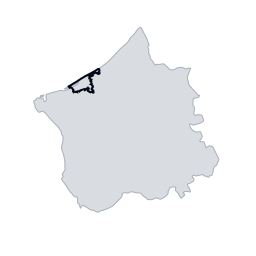 location of Grands Ponts, Lagunes, Ivory Coast, rotated 155°
{"feature_id": "98640826B83353125268201", "entity_name": "Grands Ponts", "entity_type": "district", "adm_level": 2, "iso_a3": "CIV", "parent_name": "Ivory Coast", "parent_adm1": "Lagunes", "projection": "albers", "projection_center": [-4.906, 5.455], "detail": "fine", "context": "in_parent", "style": "outline", "palette": "ink", "viewbox_px": 256, "rotation_deg": 155, "n_neighbors": 0, "source": "geoboundaries", "source_scale": "gbopen_adm2", "svg_char_len": 7124}
<svg xmlns="http://www.w3.org/2000/svg" viewBox="0 0 256 256"><g transform="rotate(155 128 128)"><path d="M63.1,56.9L63.9,56.9L65.9,56.3L67.8,54.9L69.6,52.1L71.9,49.8L74.6,50.0L75.3,49.5L76.3,49.5L77.4,51.0L78.5,52.1L79.3,52.2L79.9,54.3L84.7,55.3L86.8,55.9L88.5,57.5L89.1,57.5L89.8,57.2L90.4,56.6L90.5,56.0L89.8,54.6L90.1,53.3L90.9,52.2L92.1,52.1L94.0,51.8L96.2,51.8L97.8,52.0L98.4,50.8L97.8,47.6L98.0,45.8L98.2,44.3L98.8,43.7L101.2,45.6L103.4,46.3L105.0,46.3L105.4,46.0L104.8,43.9L104.9,43.3L105.5,43.0L106.6,42.7L109.3,41.9L109.6,42.1L110.2,45.3L109.9,46.4L110.5,48.6L111.2,50.6L111.2,51.5L110.6,52.7L109.8,53.9L109.9,54.4L111.0,55.2L113.2,56.0L115.4,56.2L116.6,55.0L117.9,54.0L118.8,53.2L119.1,51.9L120.5,51.0L124.5,49.8L128.2,49.6L129.0,50.0L130.7,51.8L132.8,53.0L136.0,52.9L138.3,53.6L140.4,55.0L141.7,58.0L143.2,60.2L143.8,63.4L146.2,65.0L148.0,65.8L150.5,68.0L153.0,69.2L155.7,68.9L156.9,70.1L158.9,71.0L160.9,71.0L162.6,68.4L164.9,67.4L170.7,65.2L173.0,64.3L175.4,63.7L181.0,63.5L186.2,64.1L188.8,64.6L190.5,64.2L192.2,65.5L194.0,68.1L195.4,68.9L196.8,69.8L197.9,71.9L199.2,74.0L199.9,74.9L201.5,76.9L202.8,76.9L204.1,76.0L204.7,75.4L205.0,76.7L204.4,78.9L204.6,80.2L205.3,80.7L204.9,82.5L203.4,85.4L203.4,87.2L204.9,87.7L206.0,89.5L206.7,92.7L207.3,93.8L207.4,94.4L208.5,102.1L209.9,109.7L209.0,110.7L207.9,111.0L207.1,111.4L206.9,112.1L207.4,113.2L207.0,114.1L205.6,114.8L202.3,117.2L202.1,118.2L201.3,120.3L200.5,121.6L199.5,123.9L197.8,130.2L197.2,135.3L197.1,136.9L196.5,138.0L195.7,139.6L192.2,144.1L190.4,147.7L190.7,149.3L190.8,150.9L190.2,152.0L190.3,155.1L190.8,157.6L191.4,160.1L194.0,167.2L195.3,171.5L196.2,175.0L196.9,177.4L197.6,178.3L197.9,179.2L201.7,179.8L202.4,180.3L203.5,184.9L203.3,186.9L202.6,187.7L202.6,189.4L202.4,191.6L201.9,192.4L199.8,192.6L198.3,193.4L196.4,193.1L196.2,192.5L195.2,192.3L192.4,191.1L192.8,187.2L191.5,187.0L190.5,187.5L188.5,192.3L187.6,193.1L173.4,190.7L170.4,188.7L166.7,188.3L160.3,188.5L155.1,189.1L153.5,190.3L166.9,189.6L168.3,189.7L169.0,190.4L152.1,192.0L145.7,192.9L143.8,192.7L142.4,191.2L135.4,191.0L134.0,191.5L133.1,192.6L135.8,192.4L140.2,192.3L141.3,193.1L127.8,194.3L118.4,196.4L114.4,197.9L101.2,203.1L93.2,205.5L91.1,206.4L87.5,208.9L82.8,210.5L77.5,213.4L74.3,214.1L73.6,213.1L73.5,208.1L73.1,201.4L73.3,198.8L73.7,196.4L73.7,194.3L75.3,193.6L75.8,192.8L76.0,190.1L77.5,187.8L77.6,183.6L78.0,182.7L78.4,181.6L77.7,178.9L76.9,173.8L76.5,173.4L76.2,173.7L75.3,173.7L72.0,172.0L69.5,171.6L67.7,170.1L67.6,168.4L66.7,167.4L66.2,165.4L65.3,163.1L62.8,161.7L60.4,161.3L58.8,161.6L56.8,161.5L54.6,160.7L53.0,159.8L51.6,158.2L50.2,156.8L49.1,157.0L47.8,156.7L46.5,156.0L46.1,155.6L51.6,150.3L53.4,147.7L53.6,146.1L53.7,144.5L54.3,142.8L54.4,140.3L51.5,131.1L50.7,128.3L49.9,127.5L49.4,127.2L50.9,126.0L53.0,126.3L56.2,127.2L56.9,126.3L59.4,121.7L59.3,120.0L59.1,118.9L60.5,115.7L61.7,114.5L62.3,113.2L62.1,111.4L61.2,110.7L60.1,110.8L58.8,110.4L56.7,109.3L55.7,108.4L56.0,104.2L56.2,102.9L57.0,102.2L58.1,102.0L61.3,101.9L63.9,102.4L66.1,102.7L67.3,102.7L68.3,103.9L69.6,105.2L70.7,105.2L71.1,104.2L70.9,100.1L70.1,97.9L68.4,95.8L64.0,94.0L63.9,91.5L64.3,88.8L65.3,87.8L68.6,86.1L68.0,85.2L67.0,84.2L64.9,83.2L65.4,79.9L65.5,77.0L63.7,77.4L61.9,77.5L60.4,76.6L59.1,74.9L58.9,70.0L58.9,64.4L58.7,62.0L59.2,60.7L60.7,59.4L62.5,57.9L63.1,56.9ZM194.6,193.1L193.9,194.2L190.3,193.5L191.1,192.6L194.6,193.1Z" fill="#d9dde1" stroke="#a8b0b8" stroke-width="1"/><path d="M144.7,174.7L144.4,174.7L144.2,174.8L144.2,175.0L144.1,175.6L143.9,175.8L143.7,176.1L143.8,176.3L143.7,176.6L143.7,176.8L143.9,177.2L144.1,177.5L144.3,177.9L144.4,178.0L144.5,178.2L144.6,178.3L144.5,178.5L144.4,178.5L144.4,178.8L144.2,178.9L144.1,179.1L144.0,179.3L143.8,179.3L143.7,179.3L143.4,179.4L143.3,179.5L143.2,179.5L142.9,179.7L143.0,179.8L142.8,180.1L142.6,180.5L142.4,180.7L142.2,180.8L142.2,181.0L142.2,181.3L142.3,181.4L142.3,181.5L142.5,181.6L142.5,181.8L142.7,182.1L142.6,182.3L142.7,182.6L142.8,182.9L142.7,183.1L142.8,183.2L142.7,183.2L142.6,183.4L142.6,183.5L142.4,183.6L142.5,183.7L142.5,183.8L142.4,183.9L142.4,184.0L142.3,184.3L142.2,184.6L142.1,184.8L142.0,185.0L141.9,185.2L141.8,185.3L141.8,185.5L141.7,185.6L141.8,185.7L141.8,185.9L141.6,185.9L141.5,186.1L141.6,186.4L141.6,186.5L141.4,186.7L141.5,186.7L141.5,186.8L141.3,186.9L141.4,187.0L141.4,187.3L141.5,187.3L141.4,187.4L141.4,187.5L141.5,187.6L141.4,187.7L141.4,187.8L141.2,187.9L141.2,188.0L141.3,188.2L141.3,188.3L142.1,189.2L142.2,189.3L142.1,189.6L141.9,189.7L141.7,189.8L141.7,190.0L141.5,190.3L141.3,190.3L141.2,190.3L141.2,191.5L140.1,192.0L139.4,191.5L139.4,191.1L139.6,190.9L139.6,190.6L139.6,190.4L138.6,190.4L137.9,190.4L138.0,190.7L137.9,190.8L137.8,191.1L136.7,191.9L135.4,191.9L134.7,192.4L133.0,190.8L132.8,190.8L132.8,190.7L132.6,190.7L132.3,190.7L132.1,190.7L132.1,190.4L132.2,190.2L132.3,189.9L132.3,189.7L132.1,189.6L131.8,189.5L131.6,189.3L131.3,189.4L131.3,189.6L131.1,189.6L130.9,189.6L130.6,189.6L130.5,189.8L130.7,190.3L130.7,190.5L130.7,190.8L130.6,191.1L130.6,191.4L130.4,191.5L130.2,191.7L130.0,191.8L129.9,191.7L129.7,191.8L129.6,192.0L129.5,192.5L129.5,192.8L129.5,193.0L129.4,193.1L129.4,193.3L129.3,193.5L129.5,193.7L129.6,193.8L129.9,194.1L131.2,194.0L131.6,194.0L131.8,193.9L132.7,193.8L133.1,193.7L133.6,193.7L134.2,193.6L135.3,193.5L135.8,193.5L136.5,193.4L137.8,193.4L138.2,193.3L139.6,193.2L139.8,193.3L140.7,193.2L140.8,193.2L141.3,193.2L142.8,193.1L143.0,193.1L143.3,193.0L143.9,193.0L144.0,193.1L145.3,193.0L145.5,192.9L146.2,192.8L146.5,192.9L146.8,192.8L147.1,192.8L147.6,192.7L148.6,192.6L149.4,192.6L150.5,192.4L150.8,192.3L151.2,192.3L151.8,192.2L152.2,192.2L152.4,192.1L152.5,192.1L154.2,191.8L155.5,191.7L157.2,191.5L157.9,191.5L158.0,191.4L159.0,191.3L159.3,191.3L160.4,191.1L160.9,191.1L161.3,191.0L161.8,191.0L162.7,190.9L164.2,190.8L163.9,189.1L162.6,189.2L162.0,188.3L161.7,186.0L161.4,185.9L161.4,185.6L161.5,185.6L161.5,185.4L161.9,185.3L162.0,185.2L162.2,184.9L162.2,185.0L162.2,184.9L162.3,184.6L162.2,184.5L162.1,184.4L161.9,184.4L161.9,184.0L161.9,183.9L161.8,183.7L161.1,183.2L160.9,183.1L160.6,183.0L160.4,183.0L160.3,182.8L160.1,182.8L159.9,182.6L159.6,182.5L159.5,182.4L159.4,182.5L159.3,182.4L159.3,182.5L159.1,182.4L159.0,182.5L158.9,182.5L158.7,182.5L158.7,182.4L158.4,182.4L158.3,182.5L158.2,182.5L158.2,182.4L157.9,182.4L157.7,182.3L157.5,182.2L157.3,182.2L157.2,182.1L156.9,182.1L156.7,182.1L156.4,182.0L156.4,181.9L156.2,182.0L156.0,181.9L155.8,182.0L155.6,182.0L155.3,182.2L155.1,182.3L154.6,182.1L154.4,182.1L154.2,182.0L153.9,182.1L150.7,181.6L151.0,180.5L150.9,180.5L150.7,180.5L150.4,180.5L150.0,180.6L149.8,180.7L149.6,180.9L149.3,181.0L149.2,181.0L147.4,181.5L147.4,181.2L147.3,180.9L147.2,180.7L147.0,180.3L146.9,180.3L146.9,180.2L147.1,180.1L147.5,180.0L147.7,179.6L147.8,179.5L148.1,179.2L148.3,179.2L148.5,179.1L148.7,178.7L148.5,178.3L148.3,178.0L148.2,177.9L147.9,177.7L147.7,177.4L147.6,177.1L147.6,176.8L147.4,176.6L147.3,176.4L147.2,176.3L146.5,176.3L146.3,176.3L145.8,176.1L145.6,176.0L145.4,176.0L144.9,175.6L145.0,175.4L145.0,175.2L144.9,175.1L144.9,174.9L144.7,174.7Z" fill="none" stroke="#020617" stroke-width="2"/></g></svg>